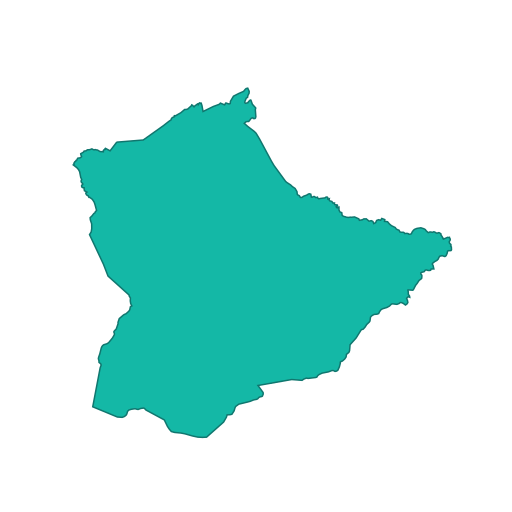 Nuevo Parangaricutiro, Michoacán, Mexico, rotated 257°
{"feature_id": "50627088B13133644207596", "entity_name": "Nuevo Parangaricutiro", "entity_type": "district", "adm_level": 2, "iso_a3": "MEX", "parent_name": "Mexico", "parent_adm1": "Michoacán", "projection": "albers", "projection_center": [-102.175, 19.394], "detail": "fine", "context": "isolated", "style": "filled", "palette": "teal", "viewbox_px": 512, "rotation_deg": 257, "n_neighbors": 0, "source": "geoboundaries", "source_scale": "gbopen_adm2", "svg_char_len": 6136}
<svg xmlns="http://www.w3.org/2000/svg" viewBox="0 0 512 512"><g transform="rotate(257 256 256)"><path d="M328.5,102.7L324.3,103.1L319.6,102.1L316.5,100.8L314.3,98.6L282.3,105.5L269.7,107.3L246.6,123.5L245.2,123.5L243.4,124.2L240.5,123.4L237.8,123.2L235.3,123.8L234.8,122.2L232.0,120.9L231.1,120.0L230.2,118.6L228.9,116.2L228.7,114.6L228.3,113.5L225.8,108.7L222.4,106.6L221.1,106.4L216.2,103.3L215.0,101.3L214.2,100.5L213.7,100.4L212.5,100.6L211.2,100.3L208.4,97.7L204.7,92.9L204.0,90.9L203.8,87.7L203.2,86.4L202.3,85.4L201.1,84.5L195.8,81.8L192.6,79.8L191.4,79.3L189.3,79.4L187.6,79.1L186.0,80.4L184.6,80.6L182.1,79.0L145.8,63.0L130.3,84.7L128.9,89.3L129.1,91.2L129.6,92.6L130.4,94.0L131.5,94.8L133.5,95.9L134.5,97.5L134.7,99.7L134.5,102.8L134.3,104.0L133.3,105.8L133.0,106.7L133.4,109.4L133.1,112.4L132.5,113.1L130.7,114.1L116.9,129.8L109.8,131.4L106.9,132.5L104.0,134.0L102.4,137.0L100.4,143.0L98.7,146.8L94.9,153.7L92.6,158.6L92.0,160.7L91.3,163.1L90.6,167.1L101.5,187.1L105.6,190.9L107.7,192.1L107.2,195.1L107.2,196.9L110.0,199.8L113.0,201.5L114.0,202.4L115.5,205.9L115.6,214.9L115.7,217.6L116.3,221.4L116.2,224.5L116.5,225.6L117.5,226.9L117.8,228.0L117.8,230.0L118.0,230.7L119.9,232.0L121.4,232.2L129.4,228.8L127.6,263.0L124.5,272.9L125.3,274.9L125.7,277.6L125.0,279.2L124.2,286.8L124.3,288.0L125.6,289.3L126.3,290.8L127.0,294.1L126.8,300.5L127.3,304.2L127.0,305.6L125.8,307.0L125.7,308.1L125.9,309.2L126.3,310.1L129.2,312.3L132.7,314.1L133.6,314.2L134.1,315.3L134.2,316.5L135.7,319.3L137.4,321.1L139.8,322.0L141.0,324.5L141.5,325.1L142.8,325.9L148.4,327.7L153.6,335.1L160.1,341.6L160.6,342.5L160.5,343.7L160.8,344.3L162.2,346.3L164.3,348.4L166.2,351.6L167.0,352.4L170.6,353.8L171.3,354.6L171.9,355.8L172.5,357.9L172.1,360.8L172.3,362.6L173.9,363.8L175.6,365.8L176.1,367.5L176.4,372.0L177.2,374.8L178.6,377.0L178.7,378.2L177.2,382.4L177.5,384.7L178.2,386.0L177.7,387.6L176.6,388.9L174.6,390.6L175.3,392.3L176.5,393.5L178.4,393.6L180.8,393.2L181.8,394.5L182.0,395.3L181.2,396.5L182.4,396.6L184.5,395.8L186.8,396.3L188.5,396.3L188.8,396.5L187.4,401.0L187.7,401.7L191.5,404.9L193.0,406.8L195.5,409.4L196.6,411.9L197.1,412.5L199.4,413.2L200.2,413.2L201.3,412.6L202.4,412.7L202.8,413.6L202.9,416.3L203.1,416.7L204.0,417.4L204.1,418.0L204.1,418.9L203.3,420.2L202.9,421.5L202.8,422.9L203.9,423.7L203.4,426.4L207.2,426.4L208.0,426.0L208.5,426.0L209.1,426.3L210.4,429.0L211.0,431.3L212.2,433.1L213.2,433.6L214.5,435.1L214.4,436.7L214.5,437.3L213.0,439.9L213.3,440.9L213.9,441.6L215.7,442.9L217.3,443.6L217.7,444.0L217.9,444.6L217.4,446.9L217.5,447.4L218.1,447.9L220.9,448.4L221.8,447.9L222.3,448.3L223.0,448.5L223.6,448.4L224.7,447.5L226.3,447.4L228.0,448.9L229.2,449.0L230.0,448.7L230.7,448.7L230.7,447.8L231.1,447.0L230.3,442.5L230.8,442.1L231.3,442.3L232.4,441.8L233.2,441.7L234.6,441.0L235.9,441.2L237.3,440.0L237.7,439.0L237.5,438.0L237.7,437.0L239.1,435.6L239.6,434.7L239.4,433.1L240.1,431.7L240.3,430.5L240.0,429.4L240.2,428.9L242.6,427.3L243.6,427.0L244.8,425.7L246.4,423.0L246.7,419.0L246.3,416.4L245.6,415.1L244.2,413.5L243.1,412.7L242.5,411.8L242.6,410.6L243.0,409.6L243.5,409.4L243.9,408.7L244.3,407.3L244.4,406.0L245.5,405.5L246.0,404.9L246.5,402.7L247.1,401.6L248.9,401.2L250.2,399.3L251.0,398.6L252.4,398.1L255.1,394.8L257.2,393.2L259.8,391.9L260.4,390.4L260.8,389.0L262.5,389.7L264.3,387.0L262.8,385.5L263.8,383.6L263.5,381.5L261.6,380.1L261.1,378.0L263.3,377.7L263.8,377.2L264.5,376.2L264.5,374.0L267.4,371.8L267.9,369.4L267.4,367.8L267.5,364.8L269.1,364.5L271.9,360.8L272.3,357.5L272.6,356.8L272.8,354.6L273.6,352.5L274.1,351.9L274.9,350.3L276.1,349.1L279.0,349.3L279.9,347.8L281.2,347.4L282.2,347.2L284.9,347.8L284.6,346.0L285.2,345.4L286.1,345.2L286.4,345.6L286.3,346.7L287.4,346.7L288.4,344.2L289.3,344.1L290.0,344.4L290.4,342.8L292.1,342.2L293.1,340.3L293.7,340.0L294.4,339.9L295.3,340.3L295.1,338.9L295.4,338.7L296.5,339.1L297.3,338.8L297.7,337.6L297.1,336.2L297.6,331.6L297.6,330.1L298.7,329.1L299.5,329.1L299.4,328.0L299.5,327.3L299.9,326.9L300.5,326.7L300.9,326.1L301.0,325.1L300.6,324.1L300.9,323.2L303.9,323.3L304.6,322.1L304.6,321.0L303.9,319.0L303.5,315.6L302.8,314.2L302.9,312.8L303.4,312.3L305.0,311.8L306.3,310.3L306.9,310.1L309.5,310.4L313.0,309.3L315.5,307.0L317.5,305.7L320.8,302.5L322.1,301.6L340.1,293.9L345.2,292.3L369.1,285.8L375.6,283.7L377.7,282.4L384.1,277.1L387.9,274.4L389.0,276.3L389.0,278.0L388.7,279.0L389.0,279.6L391.2,282.2L391.4,283.2L391.4,284.0L390.6,284.3L390.3,284.9L390.2,285.9L390.5,286.5L391.8,287.2L399.0,288.3L399.6,288.8L400.4,289.0L404.7,286.6L409.0,286.1L409.3,285.5L408.0,283.3L407.2,282.7L407.1,280.2L407.5,279.8L408.3,279.6L409.3,280.1L412.0,282.0L412.5,283.5L414.1,284.1L416.2,285.9L418.0,286.4L421.4,285.7L421.4,284.1L420.8,283.0L419.2,280.9L418.2,275.6L416.8,270.0L412.5,265.9L410.4,265.2L410.2,264.4L410.4,263.5L411.9,261.1L411.5,260.4L410.6,259.9L410.3,259.4L413.0,255.7L412.2,254.6L412.0,253.8L411.3,248.1L408.7,236.9L414.7,237.2L417.2,237.0L417.1,236.3L417.8,235.9L417.9,235.3L416.7,234.0L417.3,234.1L417.4,233.4L415.7,229.5L415.3,229.2L415.5,228.9L417.0,228.2L417.7,227.4L417.0,226.9L414.5,222.4L414.5,221.0L414.8,219.4L412.5,215.0L410.7,208.9L411.1,208.1L410.9,207.8L410.0,207.6L409.7,205.6L408.9,204.5L407.7,203.8L406.8,201.4L403.8,195.0L394.4,172.2L398.2,146.4L398.0,145.6L391.3,137.5L394.8,133.5L394.4,132.9L393.7,132.9L393.6,131.6L393.0,130.9L391.9,130.7L392.8,127.6L394.9,125.4L395.3,124.3L395.9,123.2L395.8,122.4L396.3,121.3L397.3,120.2L397.0,118.0L397.4,115.5L396.7,114.1L396.9,112.1L396.0,111.3L395.1,108.2L393.9,108.1L392.8,108.4L392.0,108.4L391.3,107.0L391.2,105.7L391.5,104.6L390.8,103.7L389.8,103.0L389.6,102.1L388.7,101.5L388.7,100.8L387.3,99.4L386.0,99.3L385.8,98.5L382.2,101.4L380.1,102.5L377.8,103.1L372.0,102.9L369.8,103.4L369.0,102.7L367.6,102.3L365.4,103.4L364.6,103.2L364.2,102.1L363.5,101.8L362.4,101.8L361.6,102.5L361.1,103.9L360.1,103.6L358.2,103.5L356.3,105.6L356.0,104.8L355.5,104.3L354.9,104.3L353.8,104.6L353.0,105.2L352.5,106.0L350.7,106.4L350.4,107.3L348.0,109.3L345.0,110.4L342.2,110.7L336.2,110.9L335.3,109.4L334.3,108.8L333.9,107.6L331.9,105.1L330.7,103.0L328.5,102.7Z" fill="#14b8a6" stroke="#0f766e" stroke-width="1.5"/></g></svg>